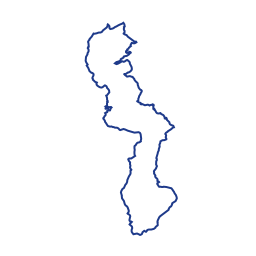 Aserri, San José, Costa Rica (Albers equal-area conic projection), rotated 323°
{"feature_id": "36466004B1589353169511", "entity_name": "Aserri", "entity_type": "district", "adm_level": 2, "iso_a3": "CRI", "parent_name": "Costa Rica", "parent_adm1": "San José", "projection": "albers", "projection_center": [-84.129, 9.746], "detail": "fine", "context": "isolated", "style": "outline", "palette": "blue", "viewbox_px": 256, "rotation_deg": 323, "n_neighbors": 0, "source": "geoboundaries", "source_scale": "gbopen_adm2", "svg_char_len": 5878}
<svg xmlns="http://www.w3.org/2000/svg" viewBox="0 0 256 256"><g transform="rotate(323 128 128)"><path d="M157.2,31.9L154.0,33.2L150.9,33.8L150.5,34.3L149.5,34.4L147.9,35.2L147.5,36.4L145.7,39.3L145.3,39.6L144.7,39.4L143.9,40.0L143.8,41.4L142.9,42.8L142.0,43.4L140.7,43.9L140.1,44.7L139.7,44.9L137.2,46.0L134.6,48.9L134.1,50.6L134.0,52.5L133.9,53.1L132.6,53.3L132.4,56.2L131.5,59.4L132.0,61.9L132.6,62.5L132.8,62.9L132.9,64.3L132.0,65.3L130.0,66.3L129.5,66.9L129.5,67.7L129.0,68.3L129.3,69.8L129.4,71.1L130.5,73.0L129.5,73.5L129.3,73.9L129.0,74.7L129.0,75.5L129.1,76.0L129.6,77.5L130.2,78.7L131.1,79.7L132.2,80.1L134.6,80.0L135.1,80.0L135.4,80.3L135.9,81.7L135.8,82.4L135.4,83.4L135.6,84.9L135.5,86.6L134.5,88.3L131.2,89.1L130.2,89.6L130.0,89.4L129.4,91.3L128.2,93.0L128.1,94.0L127.6,94.8L127.3,94.5L127.1,94.5L127.0,95.0L126.1,95.6L124.9,97.4L123.3,97.3L123.7,98.0L122.1,98.5L121.8,98.8L121.7,99.1L121.9,99.4L122.9,99.2L123.6,100.0L124.0,100.2L124.5,99.3L124.8,99.2L125.4,100.0L126.3,100.5L126.3,100.8L127.1,101.1L127.2,101.7L126.3,101.8L125.7,102.2L125.3,102.3L124.3,103.1L123.7,102.8L123.3,101.9L122.3,101.7L121.9,101.7L121.5,102.5L121.0,102.8L120.7,102.8L120.3,102.5L118.7,102.3L118.6,103.4L117.7,104.3L117.3,104.4L116.2,104.5L115.0,105.2L114.3,105.2L113.9,105.7L114.0,107.1L113.8,108.5L113.4,109.3L113.4,111.5L113.2,112.3L113.2,114.4L114.5,116.1L115.7,116.8L116.5,118.2L117.1,118.6L117.8,119.9L119.1,120.9L119.7,121.6L120.1,122.7L120.2,124.4L120.6,125.0L123.8,126.1L124.9,127.6L126.2,130.0L130.3,135.5L130.7,135.8L133.9,137.7L134.4,138.6L134.6,139.3L134.3,140.6L132.2,144.3L131.7,144.9L130.4,145.9L130.2,146.4L128.5,146.3L126.8,145.5L126.1,145.5L124.4,146.0L123.7,146.4L122.6,146.3L122.1,146.6L121.0,148.0L120.2,149.5L118.7,151.0L117.5,152.7L117.0,153.7L116.9,154.6L112.3,154.3L110.6,153.0L109.4,153.1L108.9,154.7L109.0,156.7L107.8,158.1L107.4,159.3L107.0,159.8L106.2,160.4L105.8,161.0L105.5,161.8L105.6,163.3L105.3,163.5L104.4,163.5L104.2,163.7L102.9,165.6L102.0,166.3L99.6,167.2L96.1,169.2L94.9,170.5L93.9,171.1L93.1,171.5L91.8,171.7L88.7,173.4L86.7,173.4L84.6,174.4L83.5,175.3L82.4,178.3L82.2,178.4L80.9,180.6L80.8,183.9L79.7,186.6L79.5,187.9L79.5,188.4L79.8,189.2L80.0,190.2L79.9,191.4L79.8,191.6L78.9,194.4L78.2,195.3L76.2,196.0L76.3,196.7L76.8,197.7L77.0,199.0L76.7,199.8L73.7,202.4L73.5,203.1L73.5,203.9L74.2,204.5L74.5,205.3L73.5,205.5L72.5,205.5L71.2,206.0L71.8,208.6L71.8,209.1L71.3,210.2L70.9,210.7L69.9,211.3L69.1,212.1L68.5,213.1L68.4,213.8L68.4,216.1L71.7,217.7L72.7,219.4L73.2,220.6L73.8,220.9L75.4,221.0L76.9,220.0L79.1,219.9L79.9,221.7L80.9,221.6L81.6,221.2L82.4,221.2L83.3,221.5L85.5,223.1L87.9,224.1L89.9,224.1L90.4,223.7L91.1,223.6L93.1,223.6L93.7,222.9L94.7,221.2L95.0,221.1L95.1,220.6L96.0,219.8L99.0,218.2L99.9,217.9L100.7,217.9L100.8,217.8L111.0,217.8L111.8,217.3L111.9,217.1L113.3,216.5L113.9,216.4L115.3,216.5L116.2,216.1L117.3,215.5L117.9,214.8L118.3,214.7L122.0,215.0L124.5,213.7L125.2,212.6L125.9,210.3L125.9,208.3L126.3,206.6L126.3,204.8L126.4,204.6L126.4,202.3L123.2,198.3L121.4,196.6L121.0,196.3L120.5,196.2L119.1,195.1L118.7,194.5L117.6,193.8L117.4,193.2L117.6,192.1L117.6,190.6L117.9,190.0L118.1,189.8L120.3,189.9L120.3,189.4L119.8,188.8L119.6,187.9L120.3,187.4L120.7,186.5L120.7,185.7L120.4,184.7L120.4,183.4L120.7,182.9L121.3,182.4L121.4,180.1L122.1,179.3L122.5,178.4L123.3,177.8L124.6,177.6L126.2,177.1L126.9,176.5L127.9,176.1L128.3,175.4L128.4,174.2L130.3,171.8L131.1,171.2L131.4,171.2L132.4,170.1L132.4,169.4L132.6,169.0L136.4,166.2L137.2,165.4L139.1,164.4L140.0,163.3L142.0,162.0L143.1,160.2L144.5,159.5L145.9,158.2L148.1,158.5L149.8,159.6L151.8,160.1L152.2,159.6L152.6,158.0L153.9,157.0L154.2,156.3L154.2,155.2L154.5,155.0L155.4,154.7L157.5,154.8L157.8,154.6L161.5,154.9L164.6,154.7L165.1,155.0L165.5,153.5L165.2,152.9L164.4,151.9L163.8,150.3L163.9,149.4L164.5,148.3L164.0,145.0L164.6,143.7L164.7,143.0L164.1,142.6L163.8,142.5L163.3,142.8L163.1,142.5L163.9,140.9L164.0,139.1L163.7,138.3L162.9,136.8L162.9,135.6L162.6,135.4L162.1,135.4L161.0,134.7L160.2,133.8L160.0,133.2L160.0,132.1L160.3,130.5L160.3,130.0L160.0,129.6L160.1,128.9L160.5,128.8L160.5,128.5L159.8,128.0L160.2,127.2L161.0,126.5L161.4,125.3L162.1,125.4L162.4,124.8L161.9,123.9L160.7,123.7L159.9,123.2L158.7,123.0L158.4,122.0L157.7,121.2L155.2,120.0L153.8,117.5L153.1,117.3L152.6,116.8L152.5,116.4L153.1,116.0L153.1,115.5L152.2,114.2L151.5,112.5L151.5,112.2L152.8,112.2L154.0,110.7L155.0,110.2L156.0,109.3L158.3,108.4L159.1,107.8L159.6,107.7L160.9,107.1L161.4,106.5L161.4,105.7L160.8,104.6L160.8,102.2L161.4,100.7L161.7,99.5L162.6,98.2L162.6,97.3L162.2,95.4L162.2,93.1L162.6,92.4L162.4,91.6L162.4,89.9L161.8,89.4L161.1,88.2L160.6,87.6L158.2,86.4L157.5,83.8L157.4,82.8L157.6,82.7L158.7,83.5L161.3,83.6L161.9,84.0L163.1,84.2L164.3,84.2L166.1,83.7L167.0,82.6L167.6,81.3L168.2,77.7L168.9,76.6L168.9,75.4L168.6,74.5L168.5,73.5L168.2,73.1L167.3,72.9L165.7,72.9L164.5,72.6L164.3,72.4L163.6,71.3L163.0,71.0L161.8,71.0L158.4,70.5L157.2,70.0L156.5,68.5L158.5,68.4L159.1,68.7L161.5,69.5L162.4,69.5L163.0,69.3L163.6,68.7L164.6,68.7L165.4,69.0L166.9,69.0L167.2,68.6L167.8,68.4L169.2,69.0L169.8,69.4L170.8,69.7L173.2,69.8L174.3,69.5L175.5,69.5L175.6,68.8L175.1,68.1L173.2,67.9L172.3,67.4L172.0,66.4L172.6,65.5L174.3,65.7L174.6,64.8L176.1,64.9L177.1,64.4L179.6,64.3L179.6,63.7L180.3,63.1L182.2,62.3L183.7,64.0L184.5,64.4L186.3,64.6L186.4,63.9L185.3,63.0L185.0,62.4L182.8,54.9L182.8,53.0L181.6,51.1L181.3,50.0L181.6,49.8L182.6,49.7L182.8,49.5L183.7,48.4L183.8,47.3L184.2,46.5L184.7,45.9L185.2,45.7L185.5,44.9L186.5,44.9L187.5,42.9L187.6,41.2L185.7,41.1L184.6,40.7L182.2,40.2L179.6,39.9L178.8,39.6L176.3,39.5L175.0,39.1L173.6,38.4L173.4,38.3L173.4,36.8L174.2,35.9L174.4,35.5L174.4,33.7L174.2,33.1L173.8,33.3L173.4,33.9L172.5,34.5L171.4,34.9L166.5,35.0L165.6,35.4L165.3,35.5L163.7,35.3L161.9,34.1L159.9,33.5L157.3,32.2L157.2,31.9Z" fill="none" stroke="#1e3a8a" stroke-width="2"/></g></svg>